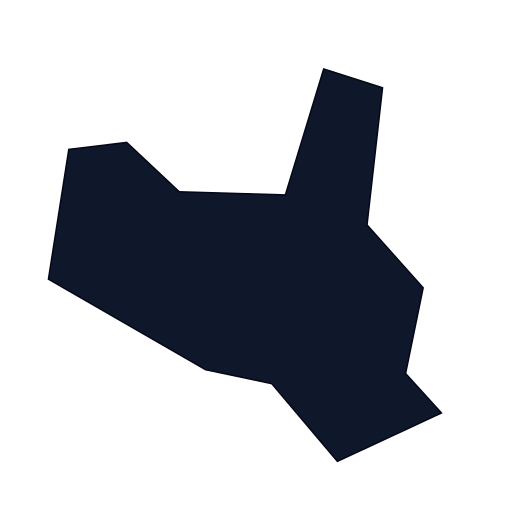 outline of Fergana city, Ferghana, Uzbekistan, rotated 187°
{"feature_id": "79887680B52321906088540", "entity_name": "Fergana city", "entity_type": "district", "adm_level": 2, "iso_a3": "UZB", "parent_name": "Uzbekistan", "parent_adm1": "Ferghana", "projection": "albers", "projection_center": [71.796, 40.393], "detail": "fine", "context": "isolated", "style": "filled", "palette": "ink", "viewbox_px": 512, "rotation_deg": 187, "n_neighbors": 0, "source": "geoboundaries", "source_scale": "gbopen_adm2", "svg_char_len": 347}
<svg xmlns="http://www.w3.org/2000/svg" viewBox="0 0 512 512"><g transform="rotate(187 256 256)"><path d="M459.2,207.7L292.2,137.0L224.8,131.2L150.2,62.1L52.8,122.8L93.2,157.6L86.2,244.8L149.6,300.4L150.9,438.4L211.6,449.9L234.3,320.2L340.0,310.4L398.2,353.0L454.8,339.0L459.2,207.7Z" fill="#0f172a" stroke="#020617" stroke-width="1.5"/></g></svg>